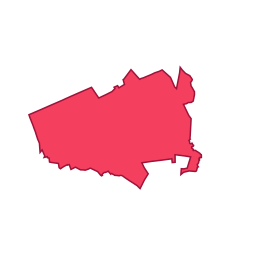 the district of Berzovia, Caras-Severin, Romania, rotated 46°
{"feature_id": "2599482B54614401056167", "entity_name": "Berzovia", "entity_type": "district", "adm_level": 2, "iso_a3": "ROU", "parent_name": "Romania", "parent_adm1": "Caras-Severin", "projection": "natural_earth1", "projection_center": [21.6, 45.4], "detail": "fine", "context": "isolated", "style": "filled", "palette": "rose", "viewbox_px": 256, "rotation_deg": 46, "n_neighbors": 0, "source": "geoboundaries", "source_scale": "gbopen_adm2", "svg_char_len": 3057}
<svg xmlns="http://www.w3.org/2000/svg" viewBox="0 0 256 256"><g transform="rotate(46 128 128)"><path d="M206.0,109.8L206.4,108.8L206.1,107.9L205.4,107.0L204.9,106.0L204.4,105.4L204.7,104.7L204.8,104.4L204.6,104.4L203.4,104.1L202.3,103.5L202.4,102.6L202.1,102.0L202.1,101.5L201.4,100.5L200.5,99.3L200.8,98.9L200.7,98.7L200.2,98.5L199.5,98.5L199.5,98.1L199.5,97.5L199.0,97.2L199.1,96.6L199.7,96.3L200.1,96.1L200.1,95.5L199.1,94.7L198.6,94.1L198.0,93.8L197.1,94.1L196.4,93.9L196.1,93.9L195.7,94.1L194.8,94.1L194.1,94.4L193.2,94.5L192.4,94.9L191.2,94.9L190.5,95.5L189.7,96.2L189.6,96.6L189.3,96.6L189.1,96.2L188.6,95.8L188.0,96.0L186.7,96.1L186.3,95.7L185.8,95.1L186.3,94.5L186.4,93.8L186.4,93.4L186.3,93.1L185.9,92.8L185.7,92.9L185.0,93.0L184.7,93.0L184.3,92.8L184.0,92.6L183.5,92.4L183.1,93.0L183.2,93.3L182.9,93.7L182.6,94.1L181.9,94.2L181.4,93.9L180.4,93.0L179.2,92.8L179.3,91.6L179.3,91.0L178.9,91.1L176.1,87.9L173.3,84.9L165.1,76.1L161.2,75.6L149.5,71.7L150.6,69.9L151.1,69.1L151.6,66.9L152.3,66.2L153.4,64.9L153.5,64.7L153.6,64.1L153.8,63.5L153.9,62.7L153.9,62.3L152.0,59.6L150.2,57.0L148.6,55.5L148.1,55.0L144.7,54.1L141.3,53.3L140.9,52.9L140.5,52.6L138.7,51.4L138.6,50.6L138.3,49.0L137.7,48.0L133.3,47.2L128.7,48.7L126.0,48.7L123.9,48.7L122.6,48.5L120.6,48.3L124.2,52.6L133.4,65.8L130.8,65.9L124.2,63.4L121.1,62.3L109.9,63.1L108.9,66.2L106.9,70.4L105.7,74.1L102.4,82.5L101.4,84.3L101.1,85.8L88.1,85.3L90.0,97.0L89.8,97.9L94.2,100.3L92.8,106.6L90.3,106.1L89.0,109.7L90.6,110.0L90.7,114.2L88.5,121.2L86.1,128.2L73.4,126.0L68.0,140.4L65.2,148.0L61.9,157.3L58.5,166.3L52.7,181.9L49.6,190.0L50.3,190.4L50.8,190.6L52.5,191.4L53.5,191.8L54.2,192.1L54.4,192.1L55.2,192.5L56.8,193.2L58.4,193.8L59.8,194.4L61.0,194.9L61.5,195.2L62.2,195.5L65.0,196.7L66.0,197.1L67.4,197.8L67.6,197.8L67.8,198.0L68.3,198.3L69.2,198.7L71.2,199.7L72.1,200.1L72.9,200.6L73.1,200.7L73.3,200.7L73.5,200.8L73.8,200.9L74.0,201.0L74.3,201.1L74.6,201.2L77.4,202.3L84.5,208.2L84.1,205.0L90.3,207.3L90.9,208.8L92.5,206.0L93.4,206.6L94.8,205.7L98.0,208.1L100.3,206.5L105.1,202.7L108.7,205.1L110.4,204.9L111.1,200.9L112.2,197.3L112.6,197.4L113.5,195.7L118.2,197.8L119.3,194.2L119.7,193.0L124.7,191.4L125.0,191.3L125.5,190.8L127.2,189.2L128.2,188.4L128.6,188.1L129.4,186.5L130.1,184.9L130.2,184.6L130.6,183.1L131.0,182.8L132.0,182.5L138.3,180.1L142.9,180.5L143.7,180.3L144.1,180.2L144.3,179.3L143.9,179.2L143.5,179.1L143.4,178.5L143.4,178.2L143.4,176.6L143.6,175.8L144.3,175.1L144.6,174.3L145.1,173.2L145.2,172.3L147.2,172.4L149.3,172.5L149.3,171.5L149.5,171.3L150.7,171.0L151.6,170.7L152.2,170.6L152.7,170.5L153.2,170.1L153.5,169.8L155.1,168.4L156.3,167.5L156.4,167.0L156.7,166.6L157.3,165.8L157.6,165.7L158.7,165.2L159.4,165.0L159.9,165.0L163.0,164.4L166.7,163.6L175.6,161.5L180.0,161.4L176.8,152.4L175.0,145.3L167.8,143.9L162.7,142.2L166.6,136.7L168.7,133.8L173.5,127.5L180.6,117.9L183.6,120.2L185.4,117.9L179.9,112.7L187.9,106.3L192.3,103.0L198.0,113.3L196.1,116.3L194.3,117.9L198.2,122.3L198.5,118.7L201.4,113.8L206.0,109.8Z" fill="#f43f5e" stroke="#9f1239" stroke-width="1.5"/></g></svg>